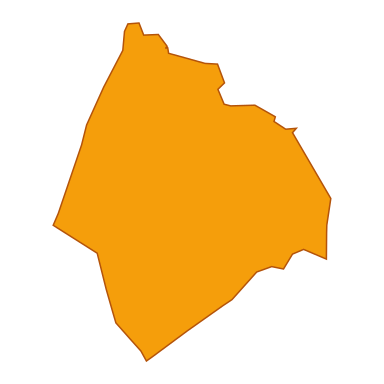 Edgecombe, North Carolina, United States of America (Albers equal-area conic projection)
{"feature_id": "52423323B70191096340294", "entity_name": "Edgecombe", "entity_type": "district", "adm_level": 2, "iso_a3": "USA", "parent_name": "United States of America", "parent_adm1": "North Carolina", "projection": "albers", "projection_center": [-77.591, 35.915], "detail": "fine", "context": "isolated", "style": "filled", "palette": "amber", "viewbox_px": 384, "rotation_deg": 0, "n_neighbors": 0, "source": "geoboundaries", "source_scale": "gbopen_adm2", "svg_char_len": 799}
<svg xmlns="http://www.w3.org/2000/svg" viewBox="0 0 384 384"><path d="M146.4,361.0L148.7,359.4L151.8,357.2L187.4,330.8L223.0,305.6L232.0,299.6L256.7,272.0L271.7,266.6L283.5,269.0L292.5,254.1L303.6,249.4L326.4,259.1L326.6,233.1L326.8,225.1L330.8,198.5L292.5,132.7L296.3,128.3L285.7,129.2L274.0,121.5L275.3,116.8L254.9,105.2L230.7,105.9L224.1,104.2L217.9,89.3L224.5,82.9L217.5,64.1L205.0,63.4L168.6,53.3L167.7,47.7L167.5,47.4L167.2,47.8L166.5,48.0L166.0,48.2L165.9,48.0L165.9,47.8L165.9,47.7L166.4,47.1L166.9,46.9L166.9,46.7L166.9,46.0L158.3,34.5L143.7,35.1L139.0,23.0L127.9,23.9L124.5,31.4L122.8,50.4L103.7,87.1L86.6,125.0L81.6,144.9L58.3,213.4L53.2,225.3L97.2,253.2L106.2,289.2L113.1,313.3L115.9,322.9L130.5,339.4L140.9,351.0L146.4,361.0Z" fill="#f59e0b" stroke="#b45309" stroke-width="1.5"/></svg>